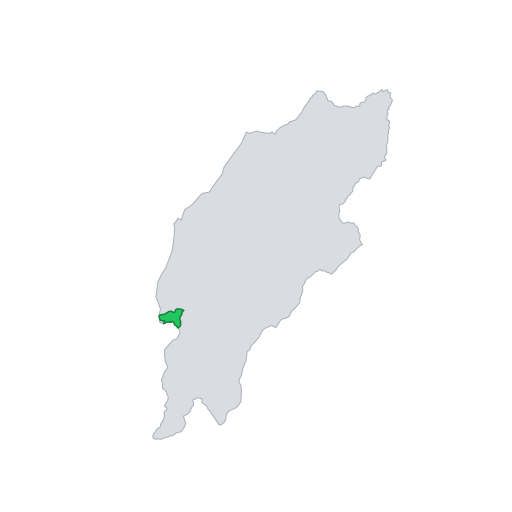 Erdene, Dornogovi, Mongolia (highlighted), rotated 119°
{"feature_id": "93677404B44396439939565", "entity_name": "Erdene", "entity_type": "district", "adm_level": 2, "iso_a3": "MNG", "parent_name": "Mongolia", "parent_adm1": "Dornogovi", "projection": "natural_earth1", "projection_center": [111.283, 44.182], "detail": "fine", "context": "in_parent", "style": "filled", "palette": "green", "viewbox_px": 512, "rotation_deg": 119, "n_neighbors": 0, "source": "geoboundaries", "source_scale": "gbopen_adm2", "svg_char_len": 5430}
<svg xmlns="http://www.w3.org/2000/svg" viewBox="0 0 512 512"><g transform="rotate(119 256 256)"><path d="M48.4,216.9L49.9,216.9L52.5,215.3L52.9,213.3L53.8,212.1L59.5,211.5L62.0,212.2L62.6,210.9L63.1,210.7L64.4,211.8L65.7,211.3L66.7,210.8L67.7,209.2L69.6,209.5L73.1,207.7L73.3,204.7L74.6,203.9L77.7,203.3L78.2,201.9L78.9,201.5L81.1,201.2L85.0,199.6L86.8,199.4L88.3,198.1L91.8,196.3L97.0,195.4L97.4,194.5L102.3,191.7L107.3,191.6L108.8,189.1L109.6,188.9L112.8,191.8L114.3,191.4L114.9,190.3L117.0,190.3L117.7,192.3L118.8,193.2L133.5,193.9L133.9,194.7L134.4,199.4L136.9,201.6L137.5,202.7L141.6,202.4L143.8,204.1L147.3,204.0L149.0,204.5L152.6,202.9L153.4,202.9L154.4,203.7L156.1,203.1L159.2,204.7L161.7,204.4L162.8,205.1L164.3,204.5L167.8,205.0L170.5,207.5L172.5,207.3L174.9,205.7L175.6,204.5L179.1,204.0L181.1,202.8L182.4,201.8L184.6,198.1L185.2,194.3L183.5,193.7L182.1,192.5L181.3,190.4L181.3,189.0L179.8,186.9L180.0,185.8L181.1,184.0L181.7,181.0L183.0,179.3L185.4,178.4L185.7,177.2L187.3,174.9L191.0,173.6L193.3,171.0L194.6,168.4L196.3,169.8L200.9,171.6L204.8,172.4L207.3,174.3L214.3,174.8L225.7,179.3L228.1,179.0L234.9,180.9L235.5,181.5L235.3,184.9L235.8,185.8L235.9,189.5L237.1,191.3L236.6,193.5L237.2,194.1L238.9,194.4L241.6,196.7L247.7,198.3L249.4,199.8L253.6,200.8L255.8,200.2L259.4,200.5L260.7,200.3L263.0,198.6L264.4,198.0L272.6,196.7L274.8,195.5L276.3,195.3L282.6,196.4L287.0,198.1L293.3,197.9L296.2,199.8L297.5,201.7L299.9,203.3L308.7,203.9L309.1,204.3L308.9,208.2L309.3,208.8L314.9,213.0L317.5,214.2L325.6,214.0L338.0,216.8L341.0,215.9L343.6,217.3L344.6,217.2L352.7,213.7L353.9,213.9L362.3,212.6L367.7,210.8L371.7,210.9L374.9,209.4L376.3,206.4L381.6,203.0L390.8,198.6L396.5,199.2L399.9,200.8L403.5,203.9L405.5,204.8L409.2,205.0L414.5,202.9L417.3,203.4L419.9,204.4L421.7,206.0L413.6,222.2L413.6,223.2L411.0,226.6L410.6,232.0L407.3,234.0L407.8,237.0L408.5,238.2L412.3,241.3L413.5,240.9L414.5,239.6L416.6,238.5L420.2,238.8L423.5,238.3L427.5,239.3L431.2,241.9L436.5,236.3L441.4,235.7L446.0,236.4L449.6,240.2L453.8,241.9L455.0,244.0L456.7,244.9L457.2,245.9L462.4,250.3L463.5,253.1L465.0,255.1L465.0,257.2L464.7,258.2L462.6,259.3L455.5,258.8L451.2,256.8L449.7,257.9L444.2,257.5L441.1,258.3L439.0,259.1L437.8,260.5L436.9,260.8L435.9,260.7L434.3,259.6L432.9,259.7L432.4,259.9L431.6,263.4L426.9,263.4L425.3,263.0L421.5,264.6L420.9,266.0L418.8,267.8L417.0,271.3L417.4,272.9L416.9,273.8L413.4,275.7L410.1,278.5L403.3,279.7L400.1,279.9L397.7,279.2L395.3,279.7L393.5,282.8L389.1,286.7L382.6,290.5L370.9,288.2L369.5,287.6L367.0,285.2L360.2,285.1L358.3,286.7L356.5,289.1L353.6,296.8L356.3,301.2L359.4,304.1L360.7,306.1L360.7,307.9L358.6,308.6L355.6,311.5L348.4,314.1L340.2,323.7L326.0,329.3L317.3,329.7L310.3,329.2L291.5,331.9L279.3,336.8L270.2,341.2L268.2,343.2L267.3,343.6L265.6,342.8L260.8,342.5L260.9,338.8L250.2,340.9L241.8,336.6L229.5,334.1L227.1,333.1L223.1,328.3L220.9,327.6L215.5,327.4L200.8,325.3L193.8,327.1L163.7,323.4L152.6,324.6L152.2,324.1L151.7,321.0L146.8,316.4L146.1,315.2L146.0,313.4L142.4,303.8L139.8,302.3L140.4,298.3L136.4,298.6L132.0,297.1L127.6,294.3L125.5,292.2L122.3,291.7L118.6,287.9L116.8,287.1L107.3,285.6L102.4,286.0L97.3,285.1L91.4,284.9L89.6,284.1L87.9,284.2L84.5,282.6L82.2,282.9L79.8,277.4L80.8,274.0L82.1,271.9L85.0,268.9L85.1,267.7L84.2,264.9L86.2,260.0L85.8,256.9L84.6,253.5L82.7,252.7L80.2,248.0L79.6,244.4L78.6,241.9L75.8,240.4L75.0,238.2L74.1,238.0L73.4,238.7L71.7,239.0L70.0,237.6L69.1,236.1L68.1,235.7L66.1,235.7L64.3,236.5L62.4,236.1L60.9,234.7L56.7,232.5L56.7,230.9L56.2,229.8L54.9,229.4L53.6,228.3L49.5,226.9L49.5,226.1L50.8,224.4L48.0,223.0L47.0,221.5L48.9,219.6L48.3,218.2L48.4,216.9Z" fill="#d9dde1" stroke="#a8b0b8" stroke-width="1"/><path d="M359.8,304.0L359.3,303.5L359.2,303.4L358.6,302.9L358.3,302.8L358.2,302.8L357.9,302.6L357.7,302.5L357.6,302.4L357.4,302.4L357.2,302.1L357.0,301.9L356.6,301.4L356.4,301.2L356.2,300.9L356.2,300.7L355.9,300.4L355.7,300.2L355.6,299.9L355.4,299.5L355.4,299.3L355.4,299.2L355.3,298.9L355.2,298.9L355.3,298.9L355.2,298.8L355.3,298.8L355.3,298.7L355.2,298.4L355.1,298.2L354.9,298.0L354.8,297.9L354.7,297.9L354.3,297.8L353.9,297.6L353.8,297.0L353.9,296.6L353.9,296.4L354.2,295.7L354.4,295.3L354.6,294.8L354.8,294.6L355.1,294.5L355.2,294.1L355.3,293.8L355.4,293.7L355.7,293.5L355.8,293.3L355.8,293.0L355.7,292.7L355.7,292.3L355.7,292.2L355.8,291.7L355.9,291.4L356.0,291.2L356.2,290.7L356.3,290.6L356.5,289.9L356.7,289.7L356.8,289.5L355.9,289.0L354.3,288.3L353.4,288.3L352.2,288.9L350.6,289.7L349.9,290.0L348.9,291.2L347.5,292.7L342.8,292.6L341.3,293.4L341.0,293.3L338.7,292.9L338.7,293.0L338.7,293.3L338.8,293.6L338.7,293.7L338.8,293.8L338.8,294.0L338.7,294.3L338.8,294.4L338.8,294.5L338.8,294.8L338.8,295.0L338.8,295.4L338.9,295.5L338.9,295.8L339.0,295.9L339.0,296.1L339.1,296.3L339.2,296.5L339.3,296.6L339.4,297.0L339.5,297.3L339.7,297.6L339.8,297.7L339.9,297.9L339.9,298.1L340.0,298.3L340.1,298.6L340.2,298.8L340.4,299.2L340.6,299.3L340.9,299.5L341.0,299.6L341.3,299.7L341.3,299.8L341.5,299.9L341.7,300.0L341.9,300.1L342.1,300.1L345.0,300.0L345.6,301.6L345.2,302.7L345.4,303.3L346.0,304.2L346.5,305.0L348.4,306.2L351.5,307.9L352.5,309.4L354.3,311.6L354.8,311.6L355.0,311.6L355.3,311.6L355.7,311.6L355.8,311.5L356.3,311.2L356.7,310.8L356.8,310.7L357.0,310.4L357.5,310.0L357.5,309.9L358.2,309.2L358.5,308.9L358.8,308.6L358.3,308.2L358.1,306.5L357.2,304.9L359.0,304.2L359.8,304.0L359.8,304.0Z" fill="#22c55e" stroke="#15803d" stroke-width="1.5"/></g></svg>